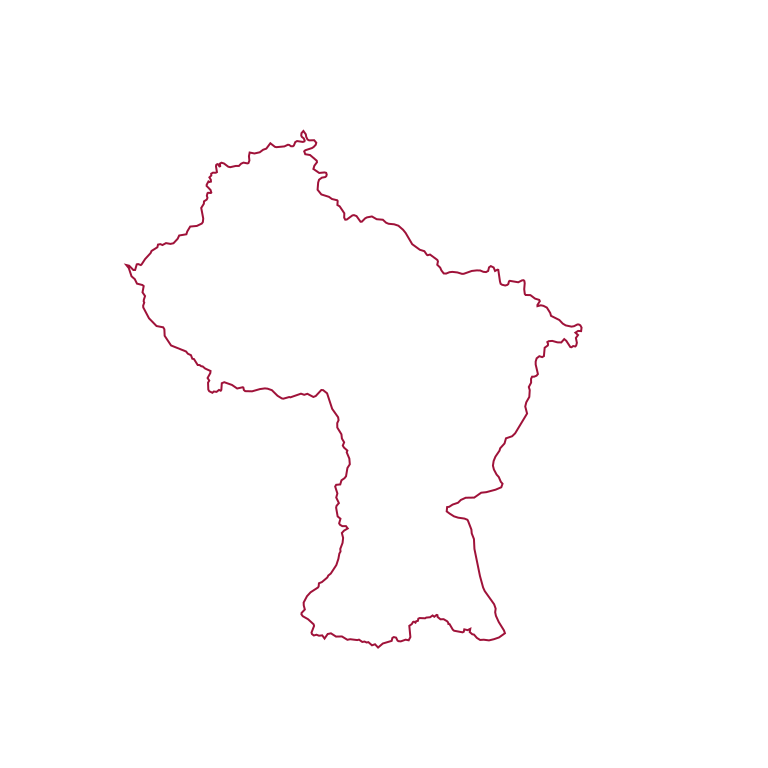 outline of Muzo, Boyacá, Colombia, rotated 327°
{"feature_id": "7082276B18925314356411", "entity_name": "Muzo", "entity_type": "district", "adm_level": 2, "iso_a3": "COL", "parent_name": "Colombia", "parent_adm1": "Boyacá", "projection": "mercator", "projection_center": [-74.135, 5.519], "detail": "fine", "context": "isolated", "style": "outline", "palette": "rose", "viewbox_px": 768, "rotation_deg": 327, "n_neighbors": 0, "source": "geoboundaries", "source_scale": "gbopen_adm2", "svg_char_len": 6166}
<svg xmlns="http://www.w3.org/2000/svg" viewBox="0 0 768 768"><g transform="rotate(327 384 384)"><path d="M580.6,441.7L579.8,440.2L578.6,439.4L574.8,439.0L572.5,438.0L568.3,433.8L566.8,430.7L565.9,425.8L561.2,417.8L562.1,414.9L562.2,408.6L560.3,405.3L558.4,403.4L555.1,402.3L555.7,401.3L559.8,399.4L560.0,398.0L557.2,394.7L555.2,389.2L551.3,386.5L551.1,385.2L553.2,380.9L556.9,376.1L557.8,374.1L557.6,373.0L556.3,372.3L552.0,371.8L545.7,366.0L544.7,366.0L542.6,367.9L541.2,368.0L539.3,367.4L537.1,365.1L536.4,363.5L537.1,361.2L542.0,350.5L541.4,349.9L538.7,349.7L539.4,346.0L537.8,343.3L535.6,343.4L532.9,345.9L530.5,345.7L528.4,344.0L526.5,341.2L523.6,339.2L519.2,337.0L510.9,335.0L509.4,334.1L506.3,330.4L502.4,327.2L499.8,325.9L496.2,325.2L494.3,323.8L494.0,320.0L494.5,317.0L493.6,313.0L496.0,310.6L496.3,309.0L493.1,300.5L490.8,299.8L490.3,299.0L490.2,294.6L487.2,291.0L483.8,282.1L484.4,269.1L484.0,265.1L482.3,259.1L479.5,255.6L475.1,252.1L473.6,249.9L472.5,245.6L467.6,241.8L465.1,236.9L460.5,235.0L458.4,234.8L453.8,235.8L452.7,235.1L452.4,228.2L450.8,226.0L449.3,225.4L442.4,225.8L441.0,225.1L441.2,222.8L443.7,219.2L443.6,210.9L442.4,208.5L444.8,205.3L444.8,204.4L441.1,200.5L439.8,197.1L434.7,190.9L434.1,184.9L438.5,179.2L440.8,177.3L444.3,177.1L447.3,178.4L448.7,178.3L450.0,177.2L450.5,175.4L449.4,174.2L444.6,171.7L441.9,165.2L444.5,163.0L448.6,161.5L449.2,160.1L446.7,151.7L443.1,148.4L443.8,145.4L445.3,145.1L452.1,146.9L454.1,146.9L457.0,146.2L458.6,144.8L458.2,141.5L453.9,138.9L453.0,137.3L453.4,134.3L454.4,132.0L454.2,127.9L451.4,128.7L449.9,130.6L449.7,132.0L450.5,134.3L450.1,136.6L449.4,137.2L447.8,136.8L443.4,132.9L441.3,132.8L438.3,134.9L437.1,135.0L435.5,134.0L434.7,131.9L433.7,131.0L429.9,130.5L422.8,126.8L421.7,125.7L419.8,120.2L413.5,122.5L410.2,121.7L406.0,122.0L400.9,120.1L397.4,116.7L394.8,119.4L392.8,123.3L390.6,124.9L389.6,124.6L386.7,121.8L384.1,121.4L381.1,122.1L378.5,120.4L373.1,118.4L371.7,116.9L369.9,111.9L368.2,109.9L366.5,109.8L365.2,112.1L364.5,111.9L364.4,109.1L363.9,108.8L362.6,108.9L361.6,110.0L359.3,115.3L358.0,115.2L355.6,113.6L353.6,113.5L352.7,115.1L350.1,115.6L350.0,118.4L349.1,120.0L347.6,119.5L347.1,118.5L343.8,120.3L343.1,121.3L344.2,126.8L343.4,129.4L342.8,129.5L340.6,127.8L339.8,127.9L337.9,129.7L337.4,131.6L336.6,132.3L335.6,132.8L332.5,132.8L331.1,134.7L326.6,136.8L322.5,146.8L320.3,149.5L318.6,150.2L313.1,149.5L307.2,146.4L302.1,148.9L299.8,150.8L293.1,147.9L290.1,149.8L284.1,151.3L281.2,150.2L277.9,147.1L273.9,146.8L272.6,144.9L270.4,144.0L268.4,145.9L261.5,145.8L259.5,147.1L251.7,149.1L245.8,151.7L244.8,151.8L243.1,149.5L241.8,149.0L237.4,152.8L235.9,151.9L234.7,146.0L232.7,143.9L233.1,147.8L230.9,156.2L232.1,160.3L231.5,165.3L235.3,169.4L235.8,171.0L231.4,175.6L231.5,180.1L228.5,182.5L227.4,183.9L227.3,185.1L224.7,187.1L223.8,188.7L222.7,200.9L224.8,211.5L229.7,216.2L229.6,218.5L226.3,224.1L226.4,235.7L235.7,248.9L236.0,251.8L237.8,254.7L237.0,258.4L238.2,259.6L238.1,266.6L239.7,267.7L240.4,269.6L241.5,270.5L242.4,273.6L245.6,278.6L244.3,280.2L239.3,282.9L239.3,286.0L237.2,287.0L233.6,293.0L233.5,294.9L235.3,297.9L237.2,297.6L239.3,299.4L242.4,299.1L243.4,300.7L244.4,300.3L248.4,295.0L251.0,295.5L256.0,302.0L258.4,307.8L263.8,309.8L264.1,310.4L263.2,312.7L263.7,314.4L269.4,318.3L277.2,320.7L281.7,322.8L283.8,324.5L286.6,328.1L288.3,335.9L290.5,340.5L291.6,341.5L297.4,343.3L298.2,344.2L309.1,346.9L311.2,349.6L314.4,350.5L317.7,356.4L320.2,356.9L328.2,354.9L329.6,356.0L331.2,360.8L327.0,376.6L327.4,386.9L326.2,389.6L323.5,391.3L321.1,395.1L320.9,403.0L319.0,406.8L318.8,411.2L315.9,413.2L315.8,415.5L317.0,419.9L315.5,421.0L314.3,427.7L311.6,432.7L307.6,434.5L301.9,440.7L299.5,441.5L295.9,441.6L292.6,444.4L289.0,442.5L287.2,443.4L285.3,450.4L282.1,453.2L281.3,459.3L277.9,460.3L276.5,461.6L273.0,469.8L274.1,473.3L270.5,476.4L270.4,478.0L271.6,480.5L274.7,482.5L274.9,485.4L270.6,485.2L267.5,486.0L265.9,490.8L262.7,494.7L257.5,498.5L256.3,500.8L254.2,501.9L250.5,505.8L245.4,509.9L236.1,514.0L232.9,514.3L231.1,515.4L224.0,516.3L220.9,515.7L219.0,518.1L217.9,518.7L209.0,518.7L203.9,520.0L197.6,523.5L196.1,526.0L194.8,530.0L190.2,531.1L189.3,532.2L189.4,534.5L192.2,539.9L194.1,547.2L193.6,548.8L187.8,553.0L187.4,554.5L188.2,556.7L190.8,557.5L192.4,559.7L195.3,561.2L195.5,565.1L200.6,563.0L203.7,564.2L206.2,569.7L211.2,572.8L214.0,578.6L216.6,579.6L222.1,584.2L223.8,584.8L225.3,588.5L227.4,589.4L228.6,591.3L230.3,592.0L231.6,596.6L234.7,597.4L235.5,601.8L241.7,601.0L250.5,603.6L252.8,601.5L254.4,601.6L256.0,603.3L255.6,606.5L256.0,607.5L257.9,609.0L262.9,610.2L265.1,612.4L268.3,610.6L273.5,600.6L276.5,600.5L278.7,599.4L279.6,599.6L280.4,601.3L281.8,600.5L283.4,601.1L285.0,599.5L286.4,599.7L290.9,602.9L292.2,602.9L295.6,604.7L298.7,604.6L299.4,606.6L302.3,606.3L302.9,606.9L302.1,608.7L303.2,612.1L305.9,613.7L307.7,617.3L307.9,619.0L307.3,620.3L308.2,621.1L307.9,627.5L308.4,629.1L314.7,635.1L316.0,635.2L317.7,633.5L320.1,636.0L323.0,636.3L320.8,638.7L321.7,641.9L323.0,643.2L323.6,647.5L325.2,651.0L328.4,652.8L332.4,656.2L337.2,657.9L342.4,659.2L349.7,658.9L350.4,656.0L350.6,646.1L351.6,639.4L352.9,636.0L355.3,633.2L356.4,628.7L355.7,612.5L356.3,608.6L359.9,597.3L370.0,571.6L375.0,563.0L376.2,557.1L378.0,553.7L379.9,544.7L380.0,543.3L378.2,540.7L373.4,536.5L370.6,533.1L368.5,528.5L367.2,525.0L369.9,521.6L371.8,522.5L375.9,522.5L381.4,523.9L385.3,523.1L390.6,523.9L397.8,528.4L406.3,528.1L410.8,530.4L420.0,533.4L426.1,534.5L429.1,532.2L428.7,529.7L429.6,524.5L429.1,521.3L429.6,515.6L430.9,511.8L434.0,508.3L437.9,505.6L444.6,502.8L446.4,501.2L452.7,499.5L456.7,496.0L463.0,497.6L467.1,496.8L487.9,486.7L490.2,479.8L493.4,476.8L498.8,474.0L502.9,468.5L503.8,465.4L508.1,463.0L510.1,459.8L512.2,458.5L513.8,459.6L516.4,460.1L518.5,459.5L521.8,450.3L523.4,447.8L526.0,445.6L529.4,445.3L531.3,447.6L533.3,447.7L538.5,441.1L542.4,440.9L543.4,439.8L543.8,437.8L545.4,437.8L548.6,439.5L552.1,443.5L555.3,445.7L559.6,444.5L560.4,447.0L560.4,454.5L561.3,455.3L563.3,455.2L564.9,456.7L566.1,456.4L568.2,454.5L570.0,449.9L573.4,448.6L572.5,445.2L575.7,445.2L578.1,447.0L580.4,444.3L580.6,441.7Z" fill="none" stroke="#9f1239" stroke-width="2"/></g></svg>